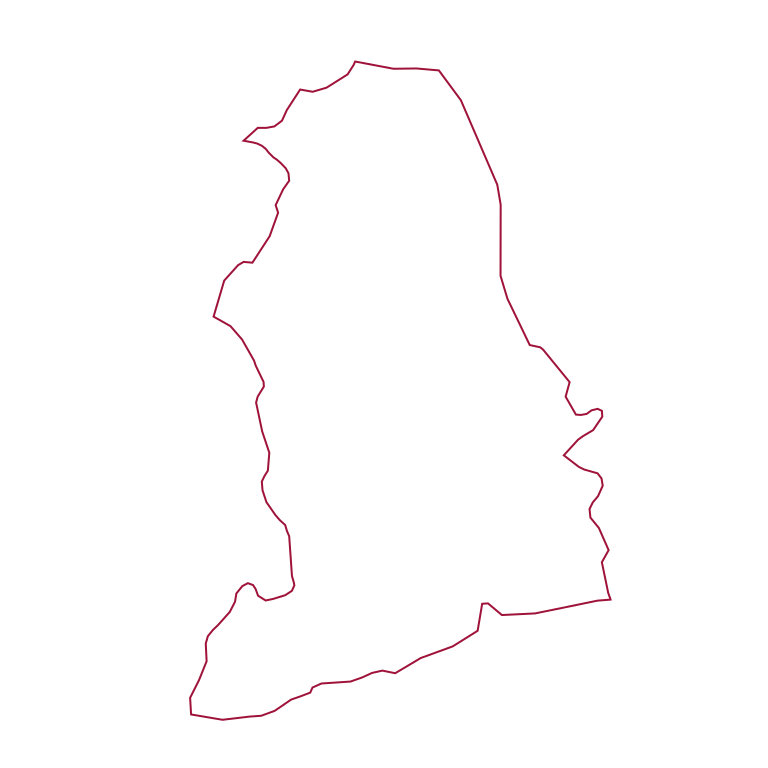 the border of Porto, rotated 266°
{"feature_id": "PRT-754", "entity_name": "Porto", "entity_type": "District", "adm_level": 1, "iso_a3": "PRT", "parent_name": "Portugal", "parent_adm1": "", "projection": "mercator", "projection_center": [-8.398, 41.24], "detail": "fine", "context": "isolated", "style": "outline", "palette": "rose", "viewbox_px": 768, "rotation_deg": 266, "n_neighbors": 0, "source": "natural_earth", "source_scale": "10m", "svg_char_len": 1794}
<svg xmlns="http://www.w3.org/2000/svg" viewBox="0 0 768 768"><g transform="rotate(266 384 384)"><path d="M153.1,595.0L153.0,582.0L144.6,518.7L145.3,485.5L157.9,472.4L157.9,466.6L131.3,460.2L117.5,434.3L108.1,401.6L94.7,375.0L98.2,362.4L96.6,351.9L92.7,341.5L89.5,329.8L89.6,300.7L86.2,291.5L81.3,288.9L78.3,279.1L75.6,269.2L65.6,252.2L61.6,238.4L61.6,226.8L60.3,199.5L67.8,168.5L84.5,168.7L101.5,178.8L119.8,187.7L137.6,188.1L144.7,190.7L150.7,196.3L155.0,201.5L167.3,214.2L177.2,220.2L185.3,222.1L192.3,228.6L194.8,234.3L192.6,239.3L188.5,241.6L181.6,243.6L176.3,250.8L177.3,258.2L180.2,270.7L184.1,277.7L189.3,280.5L191.8,280.3L198.8,278.8L238.8,278.8L244.2,276.9L250.2,275.6L255.3,270.7L260.9,266.5L274.3,258.5L286.4,255.4L295.2,255.3L300.6,258.4L305.7,262.1L323.4,264.8L345.1,259.2L374.4,255.1L380.2,257.1L389.9,264.0L394.5,264.0L411.3,257.3L416.4,256.0L438.3,245.5L452.4,234.9L463.1,218.7L498.3,231.8L512.8,246.8L515.6,252.5L514.2,261.2L539.5,280.3L562.3,290.3L570.0,288.4L585.3,297.0L593.4,303.6L600.9,303.4L606.1,301.0L611.5,296.5L615.2,292.8L617.9,289.4L623.0,285.0L626.7,282.5L630.1,278.9L632.7,274.3L634.0,270.5L636.5,260.9L648.3,275.9L647.7,284.3L648.6,292.6L653.8,300.6L664.1,306.2L683.6,320.9L680.5,333.2L683.6,347.3L695.4,369.3L704.6,376.1L707.7,377.7L697.8,415.5L696.5,438.4L693.0,460.6L661.7,480.5L574.9,510.9L554.7,512.9L483.8,507.8L460.4,513.1L412.7,532.1L409.7,542.4L407.2,545.1L372.9,569.3L358.7,564.3L340.1,573.3L339.4,578.2L340.0,584.0L343.3,589.3L344.3,595.4L342.0,599.5L336.2,599.5L323.4,589.4L318.2,579.0L314.9,573.7L300.3,558.4L287.8,572.5L284.7,577.8L280.0,590.8L274.6,594.4L267.3,595.1L257.2,589.7L251.3,584.0L244.9,580.3L236.3,580.6L225.4,588.3L202.6,596.5L191.0,588.9L159.9,593.1L153.2,595.0L153.1,595.0Z" fill="none" stroke="#9f1239" stroke-width="2"/></g></svg>